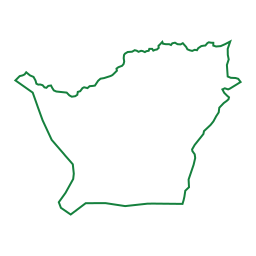 Fronteiras, Piauí, Brazil
{"feature_id": "56859067B86555367921945", "entity_name": "Fronteiras", "entity_type": "district", "adm_level": 2, "iso_a3": "BRA", "parent_name": "Brazil", "parent_adm1": "Piauí", "projection": "orthographic", "projection_center": [-40.578, -7.082], "detail": "fine", "context": "isolated", "style": "outline", "palette": "green", "viewbox_px": 256, "rotation_deg": 0, "n_neighbors": 0, "source": "geoboundaries", "source_scale": "gbopen_adm2", "svg_char_len": 1857}
<svg xmlns="http://www.w3.org/2000/svg" viewBox="0 0 256 256"><path d="M68.6,213.1L70.7,214.5L85.7,203.2L87.6,203.2L105.3,203.1L125.2,206.1L127.8,205.8L147.2,203.7L152.6,203.6L182.5,203.9L183.6,200.2L184.4,196.7L185.3,190.7L189.0,187.2L188.6,179.5L193.6,164.8L195.2,158.0L194.7,154.3L192.4,151.1L192.1,149.4L194.7,144.9L203.4,134.0L204.0,131.1L210.6,124.9L213.4,121.4L216.2,116.2L218.7,112.4L219.3,107.7L223.8,103.0L226.6,101.0L228.5,99.3L229.0,97.3L227.2,95.8L226.0,94.6L224.2,92.8L222.4,89.4L224.8,88.3L228.1,89.4L229.9,88.6L237.1,84.2L240.6,82.0L238.2,78.8L235.5,78.0L230.8,77.8L227.7,76.5L226.9,65.0L228.7,59.4L227.8,54.9L227.7,48.9L230.2,41.5L225.0,44.2L220.7,46.1L216.1,46.5L213.3,45.6L213.3,42.8L211.0,42.7L208.8,42.3L207.4,43.1L205.4,45.5L203.5,45.7L201.3,46.1L198.2,48.2L197.0,50.2L194.7,49.8L192.2,50.9L189.8,50.3L187.4,49.3L186.2,47.0L182.8,43.2L180.6,44.4L177.5,44.2L175.0,42.7L172.3,43.3L171.0,45.0L169.2,44.2L165.8,44.2L163.0,43.7L162.3,41.9L160.2,44.2L158.5,45.8L158.7,47.9L156.9,49.5L155.1,49.8L153.3,50.6L152.2,48.9L149.3,48.9L148.7,50.8L146.3,51.2L144.9,52.1L142.7,51.1L141.1,50.8L138.5,51.8L136.7,50.7L134.7,50.2L132.1,51.7L127.7,52.0L124.9,53.7L124.0,55.1L123.7,58.2L124.2,61.5L123.6,64.0L122.1,65.8L118.4,67.2L116.5,68.6L116.9,70.7L114.4,73.2L112.4,75.1L110.6,76.0L104.0,78.1L100.5,78.7L98.1,80.8L94.9,85.6L92.9,85.9L89.6,86.2L87.5,88.1L84.1,87.3L82.5,88.1L80.2,91.2L77.8,91.9L77.3,94.8L75.2,96.2L71.8,96.7L69.4,95.4L66.7,92.6L56.3,91.5L53.8,90.4L52.1,87.7L51.0,85.5L48.3,85.9L46.4,87.8L44.5,87.4L42.6,85.2L40.3,84.5L38.2,84.6L36.4,83.7L35.5,80.5L33.5,76.9L30.0,75.4L26.2,72.3L24.6,74.4L22.6,75.4L19.7,76.1L15.4,80.4L32.7,92.6L35.7,101.0L37.8,107.0L42.6,120.3L51.7,139.9L63.8,153.9L65.2,155.6L68.2,159.0L72.8,164.3L73.8,173.7L73.2,179.0L65.5,192.9L58.8,202.2L60.9,207.8L68.6,213.1Z" fill="none" stroke="#15803d" stroke-width="2"/></svg>